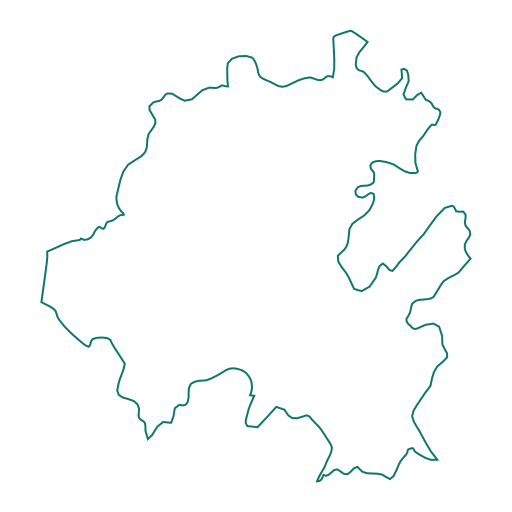 map outline of Hidalgo (Mercator projection)
{"feature_id": "MEX-2730", "entity_name": "Hidalgo", "entity_type": "State", "adm_level": 1, "iso_a3": "MEX", "parent_name": "Mexico", "parent_adm1": "", "projection": "mercator", "projection_center": [-98.728, 20.492], "detail": "fine", "context": "isolated", "style": "outline", "palette": "teal", "viewbox_px": 512, "rotation_deg": 0, "n_neighbors": 0, "source": "natural_earth", "source_scale": "10m", "svg_char_len": 5993}
<svg xmlns="http://www.w3.org/2000/svg" viewBox="0 0 512 512"><path d="M228.0,86.4L227.4,80.9L227.2,69.9L227.4,66.5L227.8,63.3L232.0,58.7L238.8,56.3L246.2,56.0L252.1,57.6L253.4,59.0L254.5,60.7L255.4,62.5L256.1,64.3L257.2,67.3L257.8,70.5L258.5,73.7L259.9,76.4L262.1,78.2L265.1,79.7L268.2,81.0L270.9,82.2L275.1,84.4L278.9,86.2L282.9,86.8L287.2,85.7L292.8,83.0L298.3,80.4L304.1,78.4L310.1,77.4L313.6,78.5L317.1,79.7L319.0,80.1L320.8,80.1L322.6,79.6L324.2,78.6L326.0,76.8L328.1,76.1L330.4,76.3L332.8,77.3L334.2,69.1L334.3,60.3L333.9,51.4L333.3,39.6L333.4,37.6L334.4,36.2L337.0,35.0L343.9,32.7L347.3,31.6L350.7,30.7L352.1,31.3L356.0,33.8L359.9,36.5L367.6,42.0L363.4,47.3L359.4,52.1L356.5,57.5L355.8,64.6L356.1,66.4L356.6,67.9L357.6,69.2L358.9,70.2L363.5,71.7L367.6,76.1L371.4,81.4L375.2,86.0L377.9,88.1L380.7,90.2L383.7,91.6L387.0,91.5L391.9,87.9L397.8,83.3L402.0,78.3L401.8,73.4L401.4,69.6L404.0,68.8L407.0,70.7L408.2,74.8L408.7,81.1L405.7,88.1L403.5,94.5L406.0,99.3L412.8,99.5L417.3,94.9L421.2,92.7L425.9,99.9L428.6,100.9L430.5,102.2L432.0,104.1L433.5,106.9L435.0,108.3L437.0,108.8L439.0,109.8L440.4,112.3L440.0,114.6L438.7,118.5L437.0,122.2L435.8,124.5L434.7,125.1L433.6,124.9L432.6,124.6L431.7,124.8L430.5,126.0L429.1,127.6L427.6,129.5L426.2,131.5L424.7,133.8L423.1,136.1L421.3,138.2L419.4,140.3L416.5,145.7L415.2,154.0L415.4,162.7L417.1,169.0L417.8,170.5L417.8,171.6L417.2,172.4L415.8,172.9L409.9,173.0L404.5,171.2L399.4,168.2L394.4,164.9L391.5,163.7L388.5,162.7L385.5,161.9L382.4,161.4L379.1,160.9L375.2,161.4L371.8,162.9L370.3,165.8L370.9,168.7L372.6,170.8L374.1,172.9L374.2,176.0L374.0,178.9L373.9,181.2L373.1,183.0L370.2,184.8L367.3,185.6L364.2,185.7L361.0,186.0L358.0,187.1L355.4,190.8L355.8,194.4L358.3,196.9L362.4,197.6L365.6,196.3L368.3,194.2L370.9,192.9L373.6,193.9L374.3,198.1L373.2,202.7L371.1,207.1L368.9,210.8L364.0,215.6L357.9,219.6L352.4,223.8L349.5,228.9L349.0,233.3L348.5,238.1L347.8,242.8L346.3,246.9L344.6,249.3L342.3,251.5L339.8,253.8L337.8,256.0L338.3,261.6L341.8,267.3L346.2,273.0L349.3,278.6L354.1,288.9L361.6,291.1L369.5,286.7L375.8,277.7L377.1,273.7L378.1,269.5L379.7,265.9L382.8,263.5L386.6,266.6L389.5,270.1L392.5,270.9L396.6,266.1L399.3,262.4L405.6,255.9L408.3,252.3L415.7,243.1L419.5,238.7L423.5,234.5L429.0,226.7L436.6,216.3L444.8,207.9L452.1,205.7L452.8,206.1L453.4,206.5L454.0,207.0L454.4,207.6L456.2,211.4L459.7,211.7L463.3,211.7L465.6,214.7L465.6,217.5L465.2,220.1L464.8,222.7L465.5,225.4L466.4,226.9L468.7,229.4L469.7,230.9L470.3,234.7L468.6,238.0L466.3,241.2L464.8,244.6L464.8,248.6L466.0,252.2L468.1,255.6L470.6,258.6L463.7,266.4L461.1,269.6L458.4,272.7L453.9,275.3L448.5,278.0L443.6,281.2L440.8,285.1L439.0,288.1L433.5,297.0L430.7,298.5L427.0,299.2L419.3,299.9L417.6,300.3L415.8,300.8L412.2,303.7L411.0,307.8L410.2,312.2L408.1,316.3L406.5,318.7L406.6,321.4L408.1,323.8L410.4,325.7L411.8,327.4L413.4,328.6L415.2,329.0L417.2,328.5L425.6,324.8L433.3,323.6L439.1,326.6L442.1,336.0L442.3,342.6L442.5,344.7L444.8,349.3L447.1,353.4L447.1,357.4L442.9,361.7L437.3,366.4L434.0,371.9L432.0,378.4L430.5,385.7L428.6,388.4L424.7,393.4L423.0,396.2L421.7,397.8L420.6,399.6L416.9,405.1L413.6,410.6L412.1,416.2L413.9,421.8L419.5,431.2L425.1,441.6L431.0,451.6L437.3,459.7L431.3,459.9L425.8,458.1L420.5,455.2L415.5,452.0L414.5,450.9L413.8,449.5L413.1,448.4L412.0,448.1L408.4,449.4L407.6,450.4L407.5,451.7L406.5,454.0L404.4,456.5L402.4,458.8L400.5,461.3L398.9,464.3L396.5,470.1L393.6,476.0L390.0,479.1L385.2,476.5L382.2,474.6L377.4,473.7L372.4,473.5L367.5,473.3L363.0,472.0L361.8,471.2L357.3,466.8L353.8,468.4L350.5,471.9L347.3,474.3L343.6,473.7L340.4,471.4L337.4,469.4L334.2,470.0L328.9,474.6L326.1,475.8L323.5,474.9L322.4,477.5L321.3,479.6L319.6,480.9L317.1,481.3L317.6,479.8L319.7,475.4L324.5,467.1L326.3,462.7L327.6,459.8L329.2,456.7L330.6,453.6L331.5,450.7L331.8,447.7L331.2,445.3L329.8,442.9L323.0,432.4L322.1,430.9L321.1,429.5L320.0,428.1L318.9,426.8L311.9,419.5L310.2,417.3L308.2,415.8L306.0,415.4L303.4,416.4L297.2,418.2L292.3,418.1L288.3,415.4L284.4,409.7L276.3,406.9L267.3,416.8L257.5,427.2L247.4,426.1L246.5,424.6L245.7,422.9L245.8,420.7L246.2,418.4L246.8,416.3L247.4,414.1L248.6,409.3L250.3,404.8L254.2,395.8L253.2,395.8L251.2,395.3L250.1,395.2L251.1,392.6L251.7,390.0L252.0,387.2L251.8,384.5L251.2,381.1L250.0,378.2L248.2,375.5L246.1,373.0L245.0,372.2L243.8,371.4L241.4,370.1L237.6,368.9L233.8,368.3L229.9,368.6L226.2,370.0L221.4,373.0L216.3,375.9L211.2,378.5L206.0,380.4L202.0,380.6L198.1,380.9L194.4,381.9L190.8,383.9L188.9,388.1L188.6,392.8L188.6,397.7L187.5,402.4L186.0,404.4L183.9,405.3L181.6,405.3L179.3,404.8L174.8,408.3L173.5,416.3L171.1,422.8L163.1,422.0L157.3,426.7L152.1,435.0L147.9,439.1L145.5,431.0L145.4,425.6L144.9,423.0L143.5,421.3L141.6,420.2L140.0,419.1L139.0,417.5L138.6,415.3L139.1,408.9L137.4,404.2L133.8,401.0L128.4,399.1L122.5,397.4L118.7,394.8L117.2,390.4L118.6,383.4L120.1,378.4L121.9,373.8L123.6,369.1L124.8,363.6L115.8,349.8L114.3,347.4L112.8,344.9L111.4,342.3L110.2,339.7L107.0,338.0L101.7,337.5L96.1,337.9L92.3,339.3L90.9,341.9L90.1,345.1L88.6,346.8L84.8,345.0L78.1,339.4L71.1,333.2L64.6,326.6L59.1,319.7L57.9,317.7L57.1,315.7L55.8,311.4L53.6,308.8L49.4,306.2L41.4,302.2L45.3,273.8L46.8,262.6L47.3,256.9L47.2,251.6L54.9,248.2L63.3,244.4L71.8,241.2L79.7,240.0L81.0,238.5L84.1,239.9L87.8,239.3L91.1,237.4L93.2,234.6L94.3,232.4L95.5,230.3L97.0,228.5L98.9,227.0L99.9,227.1L102.3,228.6L103.4,228.8L104.6,227.7L105.4,225.9L106.1,223.9L107.1,222.2L108.1,221.8L111.8,220.7L113.2,220.2L115.5,218.6L117.6,216.7L120.3,215.2L123.8,214.7L123.2,213.1L121.6,211.8L119.0,208.3L117.1,203.8L116.4,198.5L116.5,196.2L120.4,179.8L123.4,171.5L128.2,164.6L141.2,156.2L143.4,154.2L145.3,151.7L146.8,147.5L147.5,138.3L148.7,133.9L153.5,127.1L155.4,123.4L155.2,119.6L149.6,110.1L149.4,106.3L153.1,102.6L155.0,101.8L159.3,100.9L161.6,99.7L165.5,94.6L167.4,93.5L172.2,93.7L180.5,98.9L184.8,100.7L191.9,99.3L202.5,90.1L209.5,87.6L215.1,88.0L217.1,87.8L219.1,87.0L220.6,85.9L222.4,85.4L225.8,86.3L228.0,86.4Z" fill="none" stroke="#0f766e" stroke-width="2"/></svg>